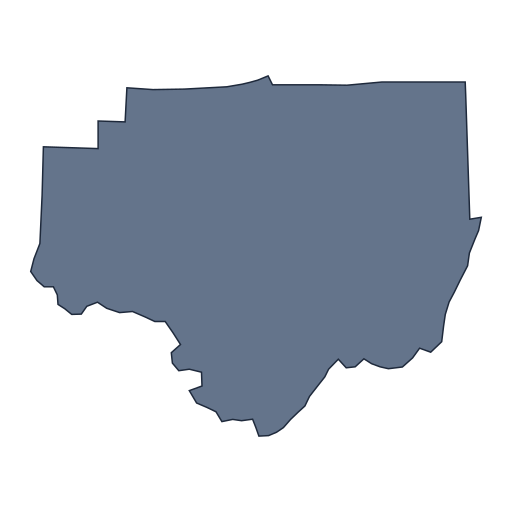 Paulo Bento, Rio Grande do Sul, Brazil (Mercator projection)
{"feature_id": "56859067B85651133554571", "entity_name": "Paulo Bento", "entity_type": "district", "adm_level": 2, "iso_a3": "BRA", "parent_name": "Brazil", "parent_adm1": "Rio Grande do Sul", "projection": "mercator", "projection_center": [-52.399, -27.718], "detail": "fine", "context": "isolated", "style": "filled", "palette": "slate", "viewbox_px": 512, "rotation_deg": 0, "n_neighbors": 0, "source": "geoboundaries", "source_scale": "gbopen_adm2", "svg_char_len": 1213}
<svg xmlns="http://www.w3.org/2000/svg" viewBox="0 0 512 512"><path d="M126.9,87.8L125.1,121.9L98.1,121.0L98.1,148.6L43.4,146.8L42.1,195.2L39.9,243.5L34.0,258.7L30.7,271.5L37.0,280.6L44.2,286.8L53.4,286.8L57.3,294.9L58.0,304.4L64.7,308.7L71.7,314.4L81.3,314.1L86.8,306.3L97.5,302.2L106.7,308.3L119.6,312.6L132.5,311.5L145.0,316.9L154.8,321.5L165.2,321.5L172.9,332.6L180.5,344.5L171.3,352.7L172.4,363.1L178.8,370.7L189.3,369.2L201.5,372.2L202.0,386.0L189.3,390.6L196.6,403.0L207.1,407.5L216.0,411.8L221.9,421.6L232.7,419.4L241.6,420.7L252.6,419.2L255.9,427.6L258.9,436.1L268.6,435.6L276.6,432.2L283.4,427.6L290.6,419.4L298.2,412.1L304.9,406.0L309.5,396.4L318.4,385.0L324.8,376.9L328.6,369.2L338.3,359.2L346.2,367.8L355.2,366.8L363.9,358.8L371.6,363.7L380.0,366.8L388.4,368.7L402.4,367.0L412.6,357.9L419.6,348.2L430.7,352.2L441.7,341.7L443.6,326.0L445.3,314.4L449.1,302.0L454.3,292.2L460.2,280.1L467.6,265.8L469.4,253.0L474.9,239.2L478.6,230.5L481.3,217.3L469.8,219.2L465.7,94.8L465.2,82.0L431.5,82.0L409.6,82.0L396.5,82.0L382.0,82.0L347.0,85.2L319.2,84.8L272.5,84.8L268.1,75.9L257.6,80.2L249.7,82.4L242.1,84.2L226.8,86.8L184.2,89.1L153.0,89.6L126.9,87.8Z" fill="#64748b" stroke="#1e293b" stroke-width="1.5"/></svg>